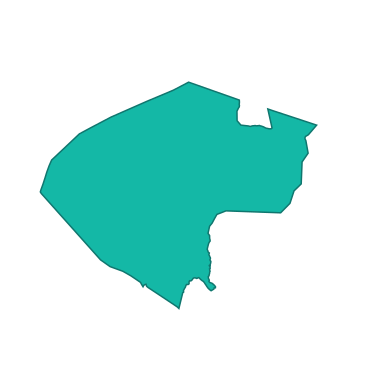 the district of Santa María Zaniza, Oaxaca, Mexico, rotated 338°
{"feature_id": "50627088B1802746700322", "entity_name": "Santa María Zaniza", "entity_type": "district", "adm_level": 2, "iso_a3": "MEX", "parent_name": "Mexico", "parent_adm1": "Oaxaca", "projection": "equal_earth", "projection_center": [-97.347, 16.634], "detail": "fine", "context": "isolated", "style": "filled", "palette": "teal", "viewbox_px": 384, "rotation_deg": 338, "n_neighbors": 0, "source": "geoboundaries", "source_scale": "gbopen_adm2", "svg_char_len": 2528}
<svg xmlns="http://www.w3.org/2000/svg" viewBox="0 0 384 384"><g transform="rotate(338 192 192)"><path d="M111.1,261.5L112.2,260.6L113.2,260.2L114.8,260.3L114.6,262.3L115.0,263.2L115.5,264.1L123.2,275.3L135.2,292.9L136.2,295.1L145.7,281.9L146.7,281.7L147.3,280.0L149.3,278.4L150.5,277.5L151.1,276.6L152.3,275.7L153.7,276.3L154.9,276.0L155.4,274.7L155.7,274.2L155.9,273.8L156.6,273.4L157.1,273.8L157.8,274.0L158.0,273.9L158.6,273.8L159.4,273.4L160.1,272.9L160.8,272.5L161.2,272.4L161.8,272.5L162.5,272.6L162.9,272.9L163.4,273.2L163.6,273.7L164.1,273.9L164.8,273.9L165.2,273.9L165.6,273.8L166.2,273.9L166.4,274.3L166.8,275.1L167.1,276.0L167.4,276.6L167.9,277.4L168.1,277.9L168.6,278.5L169.1,279.4L169.4,280.3L169.6,281.1L169.7,282.0L170.0,283.0L170.1,283.7L170.3,284.8L170.6,286.1L170.9,287.3L171.3,288.1L171.6,288.9L172.7,290.7L175.9,290.2L176.7,289.2L177.8,289.6L178.3,288.7L177.8,286.7L177.1,285.8L176.9,284.7L175.1,282.9L174.7,282.7L174.2,281.4L175.0,280.2L174.9,278.1L175.4,276.5L176.4,276.1L177.1,274.8L177.6,274.4L178.5,272.7L179.1,272.2L179.1,271.2L179.4,270.5L179.4,269.9L180.1,269.8L180.7,268.1L180.4,266.8L180.7,266.5L180.9,266.6L181.2,267.2L181.3,267.2L181.5,266.4L182.6,265.0L183.4,263.7L183.5,263.2L183.2,262.7L183.3,261.5L184.1,260.7L184.4,259.8L184.3,259.2L184.3,257.5L184.2,256.3L185.2,255.1L184.5,253.6L184.7,252.1L184.6,250.8L186.6,248.0L188.2,245.9L189.2,245.0L190.4,244.3L190.8,243.1L191.0,241.6L191.5,240.3L192.0,239.0L191.7,237.8L191.4,236.3L195.5,230.3L199.0,228.4L202.8,225.2L206.7,222.1L212.9,222.2L216.4,222.2L266.4,244.5L278.6,239.2L287.0,229.2L296.3,225.4L305.3,205.4L314.2,199.5L316.8,187.1L316.8,186.4L316.7,185.3L316.9,184.3L317.3,183.7L318.1,183.0L320.2,182.7L321.4,182.5L332.6,176.7L323.8,169.2L320.5,166.4L297.3,146.8L293.4,143.4L290.2,162.6L289.1,163.0L288.1,162.7L287.0,162.2L286.1,161.5L285.1,160.9L284.2,160.2L283.4,159.2L282.8,158.5L282.4,158.1L281.5,157.3L280.8,156.7L280.1,156.3L279.5,155.6L277.8,155.2L276.3,154.7L275.4,154.0L274.4,153.8L273.6,153.5L272.3,153.2L271.2,153.2L270.0,152.7L269.4,152.1L262.4,148.3L260.5,142.8L263.2,135.9L263.9,134.0L266.5,131.6L267.7,130.8L268.0,130.2L268.3,129.8L268.5,129.1L268.6,128.3L269.3,127.2L269.8,126.0L270.3,124.5L230.0,88.9L212.9,90.6L184.6,91.0L145.0,92.2L122.2,94.5L109.4,95.9L73.8,109.8L69.4,114.1L64.8,119.2L61.4,123.4L56.8,128.9L52.9,133.2L51.4,135.1L51.7,136.9L61.1,163.1L64.1,171.4L81.8,220.7L88.1,230.5L98.2,239.6L103.9,246.8L108.4,253.5L110.4,256.5L110.6,258.7L111.1,261.5Z" fill="#14b8a6" stroke="#0f766e" stroke-width="1.5"/></g></svg>